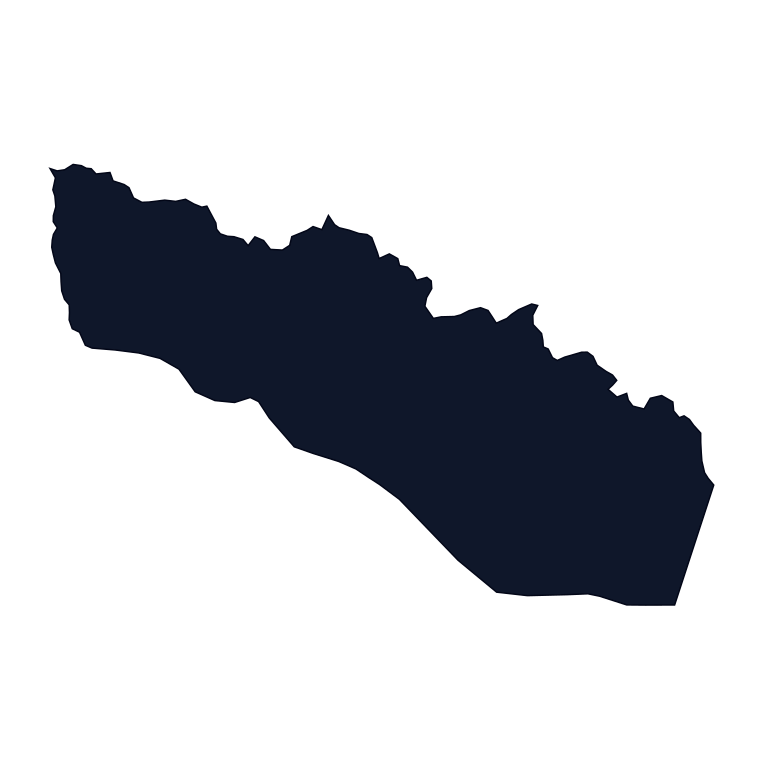 outline of Lagoa Santa, Goiás, Brazil, rotated 176°
{"feature_id": "56859067B16528022639352", "entity_name": "Lagoa Santa", "entity_type": "district", "adm_level": 2, "iso_a3": "BRA", "parent_name": "Brazil", "parent_adm1": "Goiás", "projection": "robinson", "projection_center": [-51.261, -19.187], "detail": "fine", "context": "isolated", "style": "filled", "palette": "ink", "viewbox_px": 768, "rotation_deg": 176, "n_neighbors": 0, "source": "geoboundaries", "source_scale": "gbopen_adm2", "svg_char_len": 2078}
<svg xmlns="http://www.w3.org/2000/svg" viewBox="0 0 768 768"><g transform="rotate(176 384 384)"><path d="M702.1,622.2L697.4,612.6L699.2,606.3L700.8,600.8L699.2,594.6L699.0,583.7L702.1,575.0L702.6,569.0L699.0,562.5L703.3,556.3L704.9,550.7L705.9,543.6L704.9,536.5L703.3,527.7L698.7,516.8L699.0,508.7L699.0,499.4L696.8,490.8L692.5,484.9L692.8,477.1L693.6,469.9L691.1,460.9L684.1,456.9L679.2,443.5L672.8,440.2L649.8,436.7L626.6,432.1L605.6,425.2L587.5,413.1L572.9,389.4L553.9,379.3L534.3,376.0L518.4,379.9L510.3,375.2L500.8,358.1L477.9,327.6L459.3,319.6L434.6,309.9L417.9,301.2L405.5,291.6L395.5,284.1L376.7,267.9L322.4,203.0L286.2,168.5L255.7,162.9L216.0,161.1L195.2,160.5L183.8,157.3L157.3,146.7L138.4,145.2L109.5,143.3L62.1,260.2L67.2,267.3L70.4,273.2L72.3,285.1L72.3,293.8L72.1,303.7L71.5,312.9L78.0,321.2L81.8,327.3L86.9,331.3L91.8,329.8L96.9,336.9L97.1,345.9L107.8,353.1L119.3,351.2L126.3,340.9L137.4,344.6L141.4,350.9L142.6,357.7L152.5,354.7L160.9,363.1L156.0,367.0L151.6,371.4L155.4,377.0L161.6,381.1L170.1,387.9L173.6,397.0L179.0,401.6L184.7,401.9L201.9,398.2L209.5,395.4L214.1,398.5L217.8,407.5L222.5,409.9L222.5,416.5L223.3,423.4L231.1,432.9L230.8,442.2L225.2,451.6L231.1,453.5L244.5,448.8L252.1,444.4L256.8,440.8L267.8,436.9L271.4,443.5L275.1,450.1L282.4,453.4L293.8,451.3L302.6,447.6L309.1,446.4L322.3,447.0L330.2,446.0L337.8,458.7L335.5,467.2L329.7,475.9L329.7,483.5L333.8,487.4L344.3,485.2L347.7,493.6L352.4,498.9L360.2,501.0L361.5,508.1L369.6,513.4L380.1,509.5L381.4,515.4L386.0,530.9L390.5,534.3L398.6,535.9L407.9,539.8L417.9,543.0L422.2,546.4L427.7,556.0L435.2,542.3L443.8,546.0L450.0,542.6L465.7,537.4L468.4,528.9L476.0,524.7L487.9,526.2L494.1,535.5L502.5,539.8L509.9,531.5L514.6,538.0L523.4,541.4L529.9,542.3L536.8,545.2L540.2,550.1L540.5,556.3L548.3,573.8L553.4,573.1L561.0,576.8L569.1,582.1L579.1,580.7L589.9,582.7L605.6,581.9L612.8,582.1L620.9,587.1L624.7,597.6L629.3,601.1L640.1,605.5L642.6,614.1L656.6,613.6L661.1,619.2L666.0,620.0L670.6,622.9L678.8,624.7L687.6,620.0L695.2,619.4L702.1,622.2Z" fill="#0f172a" stroke="#020617" stroke-width="1.5"/></g></svg>